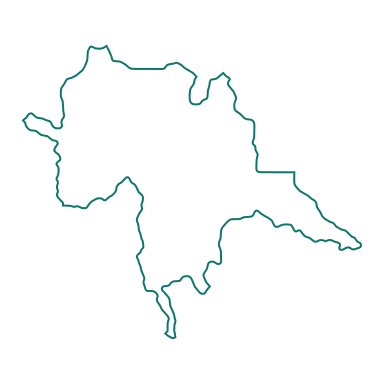 Concepción de la Vega, La Vega, Dominican Republic
{"feature_id": "3306468B4333912279461", "entity_name": "Concepción de la Vega", "entity_type": "district", "adm_level": 2, "iso_a3": "DOM", "parent_name": "Dominican Republic", "parent_adm1": "La Vega", "projection": "natural_earth1", "projection_center": [-70.509, 19.202], "detail": "fine", "context": "isolated", "style": "outline", "palette": "teal", "viewbox_px": 384, "rotation_deg": 0, "n_neighbors": 0, "source": "geoboundaries", "source_scale": "gbopen_adm2", "svg_char_len": 5917}
<svg xmlns="http://www.w3.org/2000/svg" viewBox="0 0 384 384"><path d="M294.3,172.3L260.2,172.2L258.6,172.0L257.2,171.2L256.7,170.3L256.4,169.2L256.4,164.8L256.7,159.0L257.6,155.4L257.6,154.0L255.5,149.9L255.3,146.7L254.7,145.6L252.9,143.9L252.7,143.0L252.8,141.6L253.9,138.7L254.2,136.2L254.4,126.1L254.3,124.2L253.9,122.3L253.3,121.4L251.8,120.0L250.3,119.6L246.6,119.2L244.6,118.3L239.8,113.6L236.3,111.3L234.9,109.7L234.4,108.1L234.2,105.1L234.6,102.7L235.9,99.4L236.0,98.2L235.9,97.1L233.6,91.6L229.3,86.4L228.3,84.9L228.0,83.8L228.1,82.6L228.6,81.1L229.8,79.5L229.5,78.7L229.0,77.9L228.2,77.3L226.0,76.1L223.2,73.0L216.7,78.5L215.1,79.0L211.4,79.6L210.6,80.2L210.3,80.6L209.8,82.3L209.2,86.5L208.0,90.2L207.5,96.4L207.3,97.5L206.8,98.5L206.1,99.0L203.9,99.8L202.7,100.5L201.7,101.6L200.6,103.1L199.9,103.7L198.9,104.1L196.2,104.4L194.5,104.4L192.8,104.0L191.8,103.5L190.7,102.4L190.2,101.4L189.8,100.2L189.6,95.1L190.0,90.6L190.3,89.4L191.1,87.8L193.4,84.5L193.8,83.4L194.8,79.5L196.5,76.7L194.2,74.2L192.7,72.8L185.1,68.3L180.7,64.6L177.7,63.0L176.4,62.7L173.4,63.6L169.5,64.2L167.4,64.9L166.0,66.3L164.7,68.2L163.8,68.7L162.2,69.0L134.6,68.9L132.2,68.8L130.5,68.4L129.0,67.6L125.1,64.3L121.1,62.0L119.1,61.4L114.4,61.1L113.5,60.9L112.7,60.3L112.2,59.5L111.4,56.4L109.3,51.4L106.5,46.0L102.9,48.1L100.3,48.7L97.5,48.6L95.4,48.3L91.6,46.6L90.7,46.7L89.9,47.2L88.3,50.2L87.8,51.7L87.4,58.4L87.1,60.8L85.0,65.8L82.8,69.9L82.1,70.6L76.3,75.4L71.7,77.8L68.3,78.7L66.9,79.4L65.9,80.6L64.5,83.5L61.8,87.4L61.3,88.5L60.9,90.2L60.8,95.1L61.2,97.5L62.6,101.0L62.8,102.2L63.3,111.2L64.2,115.7L63.7,117.2L62.0,119.9L61.6,120.9L61.4,122.5L62.1,125.5L61.9,126.5L61.3,127.2L60.1,128.1L58.6,128.4L56.4,128.3L54.9,127.9L53.2,126.7L52.3,125.4L51.2,123.0L50.3,121.8L49.5,121.2L45.5,119.9L42.3,118.5L38.1,117.9L36.6,117.4L35.7,116.9L32.7,114.1L31.4,113.4L30.3,113.4L29.0,114.0L27.6,115.6L26.4,117.7L25.0,118.6L23.0,120.4L25.3,122.9L25.7,125.2L26.9,127.3L28.5,129.0L29.4,129.7L30.9,130.3L34.6,130.7L36.2,131.1L41.0,134.9L47.3,136.2L48.2,136.8L51.7,139.7L52.7,140.1L56.1,141.0L56.9,141.5L57.4,142.3L57.7,143.2L57.6,143.8L57.2,144.7L55.0,147.8L54.2,150.6L56.4,153.1L57.6,153.6L58.3,154.2L59.8,156.7L60.3,158.1L60.3,159.1L60.0,160.0L57.5,162.1L56.9,162.8L56.5,164.2L56.7,164.9L57.9,166.4L58.3,167.3L58.6,169.0L58.6,170.9L58.2,174.7L56.6,178.2L56.5,179.1L56.7,179.9L57.7,181.3L57.9,182.1L57.8,183.5L57.0,186.2L57.0,187.9L57.9,191.1L57.9,191.9L57.0,194.0L56.9,194.9L57.4,196.4L58.0,197.4L63.0,203.0L63.0,205.5L70.2,205.8L74.2,206.9L76.5,206.3L78.0,206.3L82.0,208.0L85.1,208.2L86.1,207.9L86.9,207.4L89.2,204.0L91.2,201.9L92.1,201.2L96.6,198.7L98.7,198.3L100.7,198.4L102.1,198.8L103.9,200.2L104.8,200.3L105.7,200.0L109.5,196.8L112.3,195.2L114.0,193.6L115.7,191.2L116.1,190.1L116.7,186.8L117.8,185.0L118.9,183.9L121.6,182.2L125.7,178.0L127.0,177.2L127.9,177.3L128.7,177.7L129.5,178.8L130.3,180.7L131.1,182.0L132.2,183.0L134.0,184.1L135.1,185.1L136.0,186.4L137.1,188.9L139.0,192.5L141.5,194.6L142.4,195.9L142.8,196.9L143.0,198.7L142.7,201.0L141.5,204.3L141.5,205.9L142.0,208.1L142.0,209.1L141.3,210.5L139.1,213.8L137.1,218.2L136.8,219.8L137.1,221.4L138.2,224.4L139.1,230.8L140.4,233.8L141.4,238.3L142.9,241.8L143.4,246.6L143.0,247.9L141.4,249.7L140.1,252.7L138.4,254.1L137.4,255.2L136.9,256.5L136.9,257.5L138.1,259.6L139.1,263.2L140.4,266.2L141.4,270.8L142.7,273.7L144.2,277.6L144.3,279.0L143.6,281.2L143.5,282.8L145.7,289.8L146.4,290.5L147.2,290.9L152.5,291.1L154.0,291.5L155.5,292.4L157.3,294.6L157.7,296.1L157.0,298.7L156.9,299.7L157.0,300.8L157.5,301.9L160.1,305.7L161.3,308.3L162.2,309.9L167.4,315.7L168.0,316.6L168.7,318.1L168.8,319.1L167.9,321.9L167.6,324.2L167.6,331.0L165.3,333.5L167.7,335.6L171.7,337.8L172.6,338.0L173.6,338.0L175.3,337.3L174.9,333.6L174.2,331.1L174.4,325.5L175.3,322.0L175.5,321.1L175.3,320.2L173.6,313.3L170.3,305.9L170.0,304.2L169.6,300.0L169.3,298.9L168.4,297.3L167.3,295.8L162.2,290.2L161.8,288.7L162.1,287.7L163.0,286.6L163.9,286.2L167.3,285.9L168.7,285.5L169.4,284.9L171.1,282.7L172.8,281.6L174.3,281.3L178.5,281.1L179.9,280.6L180.6,280.0L181.8,278.1L183.3,276.8L185.4,276.2L188.1,276.2L190.0,277.0L191.4,278.6L194.6,286.1L195.5,287.6L198.9,291.7L200.1,292.9L201.0,293.5L202.0,293.8L204.0,293.6L204.8,293.2L207.1,289.7L209.8,286.4L207.0,283.2L205.7,281.2L203.6,276.3L203.5,275.2L203.7,274.0L204.5,272.5L206.7,269.2L207.1,268.1L208.0,264.2L208.8,262.9L209.6,262.2L211.0,261.6L213.1,261.7L214.6,262.3L216.6,263.6L218.0,264.0L219.5,263.9L220.3,263.3L220.6,262.9L221.0,261.9L221.1,260.2L220.9,251.8L220.4,249.3L219.2,246.4L218.9,244.1L219.2,241.8L220.4,238.9L220.6,237.7L221.0,231.9L221.2,230.0L222.2,227.8L224.1,225.4L227.7,221.4L230.0,219.7L232.2,219.2L239.1,219.1L240.7,218.7L243.9,217.2L249.6,216.8L251.3,216.5L252.3,216.0L253.3,214.9L254.6,212.2L255.4,211.1L256.1,210.7L257.1,210.6L258.3,211.3L261.2,213.8L265.6,216.5L267.9,217.6L271.1,219.9L271.8,220.6L274.3,225.5L275.3,226.5L276.6,226.9L278.1,226.7L281.2,225.2L283.4,224.6L287.4,224.4L290.1,224.7L291.1,225.1L291.8,225.8L294.3,230.5L294.9,231.2L296.1,231.5L298.7,230.4L299.6,230.3L300.4,230.7L302.7,233.9L304.7,236.0L306.1,236.8L309.6,237.9L313.1,240.7L314.0,241.4L315.0,241.7L316.0,241.7L316.9,241.5L319.0,240.4L321.0,240.0L323.1,240.3L325.8,241.2L328.3,240.2L329.4,240.0L331.5,240.2L334.7,241.7L337.6,242.5L338.9,243.1L339.6,243.7L340.1,244.8L340.1,245.5L339.3,247.4L339.4,248.7L339.9,249.5L341.2,249.9L342.7,249.7L346.1,247.9L348.3,247.3L349.7,247.7L352.3,249.3L353.8,249.5L359.2,247.7L360.4,247.0L360.8,246.1L361.0,245.1L360.6,243.6L359.6,242.7L357.4,241.7L354.4,237.6L352.9,237.2L351.5,236.4L347.0,231.9L345.7,230.8L344.3,230.2L341.2,229.4L336.4,226.7L333.3,223.0L330.1,221.9L324.7,218.8L322.3,216.2L321.7,215.2L320.2,212.1L317.3,207.6L316.9,206.5L316.3,203.2L315.2,201.3L314.1,200.3L311.4,198.6L307.9,195.6L300.2,191.2L297.8,188.8L295.6,186.1L294.7,184.5L294.4,183.4L294.2,179.7L294.3,172.3Z" fill="none" stroke="#0f766e" stroke-width="2"/></svg>